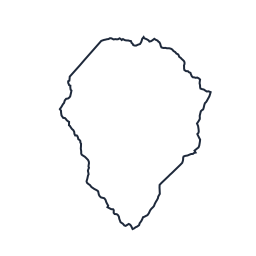 Montanha, Espírito Santo, Brazil, rotated 201°
{"feature_id": "56859067B76989812301886", "entity_name": "Montanha", "entity_type": "district", "adm_level": 2, "iso_a3": "BRA", "parent_name": "Brazil", "parent_adm1": "Espírito Santo", "projection": "robinson", "projection_center": [-40.286, -18.121], "detail": "fine", "context": "isolated", "style": "outline", "palette": "slate", "viewbox_px": 256, "rotation_deg": 201, "n_neighbors": 0, "source": "geoboundaries", "source_scale": "gbopen_adm2", "svg_char_len": 3414}
<svg xmlns="http://www.w3.org/2000/svg" viewBox="0 0 256 256"><g transform="rotate(201 128 128)"><path d="M146.7,62.2L144.9,61.5L143.1,61.1L141.0,59.8L137.6,59.0L135.7,58.8L134.4,58.6L133.2,58.2L131.3,55.3L130.0,54.2L128.3,53.5L126.2,53.8L124.9,53.9L123.2,52.8L121.6,50.9L120.5,49.9L118.6,48.3L118.8,46.7L114.6,46.2L112.7,46.8L111.8,46.1L111.0,43.7L109.7,42.9L107.6,43.5L106.0,43.0L104.7,41.9L103.6,40.1L101.2,37.4L98.5,36.8L96.5,35.7L95.1,35.8L92.9,38.7L91.3,38.5L89.9,37.6L87.5,35.3L86.3,36.5L85.4,38.0L84.1,39.3L82.8,41.3L83.0,43.2L82.6,44.6L82.2,46.2L82.0,48.6L82.0,50.1L81.0,50.9L79.9,52.2L78.6,53.6L78.0,55.9L77.8,59.1L77.2,61.1L76.3,63.0L75.8,64.4L75.8,66.9L75.5,69.3L75.1,71.3L74.9,73.3L75.2,74.7L75.0,76.2L74.7,77.9L75.4,79.5L76.3,81.6L77.2,83.6L78.1,86.2L77.6,87.5L76.9,89.1L74.9,93.3L74.1,95.0L73.0,97.3L71.9,99.8L71.3,100.9L70.3,103.0L69.3,105.2L67.9,108.2L67.3,109.5L66.0,112.3L64.9,114.9L65.0,117.0L65.3,118.5L65.8,119.9L65.9,121.3L64.7,122.4L62.5,123.7L61.0,125.2L59.8,126.3L58.1,127.1L57.3,128.5L56.1,129.3L57.8,130.7L56.2,133.5L55.2,135.1L55.2,137.2L55.6,139.2L56.0,141.1L56.5,143.0L57.8,144.1L59.1,145.3L60.2,146.3L61.1,147.2L60.5,148.8L60.7,150.1L61.7,152.2L63.3,155.0L64.2,155.9L65.2,156.9L64.8,158.6L64.5,160.0L64.2,162.1L64.7,163.5L65.4,165.0L65.7,167.1L66.0,169.7L65.4,171.1L64.5,172.3L64.6,174.0L64.8,175.4L65.0,176.7L65.1,178.7L64.4,180.2L64.1,181.6L63.7,184.6L63.4,186.7L63.5,188.9L63.7,191.1L66.0,191.1L67.5,190.3L69.1,190.6L71.1,191.1L72.8,190.8L74.5,190.8L75.4,192.1L76.0,193.6L77.2,195.4L77.7,197.3L78.1,199.1L79.7,199.7L81.4,199.9L82.8,199.1L84.3,199.0L85.5,198.6L86.9,199.1L88.5,200.7L89.5,201.9L91.2,201.9L92.3,202.5L94.2,201.9L96.1,202.3L97.0,203.7L97.5,205.1L98.1,206.3L98.2,208.1L98.8,209.6L99.7,210.5L101.0,211.1L102.6,211.7L104.0,212.4L105.7,212.8L106.9,214.2L108.0,214.8L109.4,214.8L111.1,215.8L113.2,216.2L114.7,217.1L116.3,217.4L118.2,217.2L120.2,216.4L121.8,216.2L123.6,215.4L125.6,215.2L126.8,216.3L128.0,218.0L129.4,219.3L130.6,219.5L131.7,220.2L133.7,220.3L135.4,220.7L136.4,219.0L137.5,217.4L139.0,216.4L140.3,217.2L142.0,217.5L143.5,217.6L145.0,217.6L146.0,218.5L146.7,216.3L146.5,214.3L146.5,212.7L146.9,210.7L148.7,209.2L150.0,207.8L151.6,207.3L152.8,207.3L153.9,208.3L155.2,208.8L156.4,210.2L157.8,209.9L159.2,209.8L161.1,209.1L162.5,208.9L164.6,209.2L165.4,207.9L166.5,208.4L168.0,208.7L169.0,207.4L170.1,206.8L171.5,206.5L173.3,205.5L174.8,205.7L176.1,205.7L177.2,205.2L178.0,204.1L179.5,203.3L180.6,202.5L182.0,201.6L183.3,200.5L184.2,199.7L192.9,176.3L195.4,169.3L200.8,155.1L200.3,153.4L199.7,151.2L200.6,150.2L200.0,148.7L199.1,147.8L198.3,146.9L197.0,146.9L196.4,145.2L195.3,143.2L194.2,142.7L193.9,141.0L193.6,139.0L193.3,136.8L193.7,135.4L194.6,134.0L196.2,133.1L196.9,131.1L196.7,128.5L197.3,126.7L197.5,125.2L197.8,123.5L198.4,121.2L196.8,120.2L195.8,118.0L194.5,115.8L193.1,114.9L192.1,114.2L190.6,114.7L189.2,114.1L188.0,113.3L186.4,112.8L185.2,112.6L184.7,111.2L184.1,109.4L183.0,109.1L181.4,107.9L179.8,106.9L178.3,106.4L176.9,105.2L175.9,103.3L174.6,102.1L173.2,102.7L172.1,102.1L171.0,100.7L170.3,99.7L169.1,99.5L167.8,98.7L167.3,97.4L166.2,96.5L165.2,93.6L164.7,91.9L163.3,89.4L162.6,87.5L161.7,86.5L160.1,86.1L158.0,85.7L156.1,84.9L153.8,83.8L152.5,82.5L151.8,81.1L151.5,79.5L151.1,77.9L150.2,76.9L150.2,75.1L150.1,73.7L149.1,72.2L148.2,70.7L148.3,69.3L147.8,66.1L147.6,63.4L146.7,62.2Z" fill="none" stroke="#1e293b" stroke-width="2"/></g></svg>